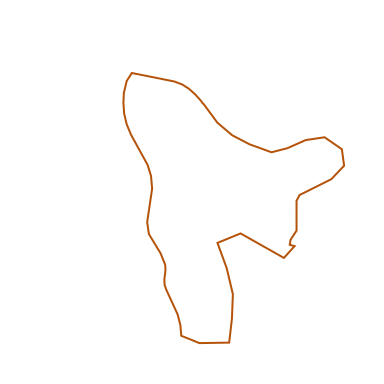 the District of Zəngilan, rotated 126°
{"feature_id": "AZE-1740", "entity_name": "Zəngilan", "entity_type": "District", "adm_level": 1, "iso_a3": "AZE", "parent_name": "Azerbaijan", "parent_adm1": "", "projection": "equal_earth", "projection_center": [46.619, 39.055], "detail": "fine", "context": "isolated", "style": "outline", "palette": "amber", "viewbox_px": 384, "rotation_deg": 126, "n_neighbors": 0, "source": "natural_earth", "source_scale": "10m", "svg_char_len": 797}
<svg xmlns="http://www.w3.org/2000/svg" viewBox="0 0 384 384"><g transform="rotate(126 192 192)"><path d="M131.2,103.2L137.6,102.3L161.8,84.7L172.7,84.2L177.3,81.9L175.5,77.2L191.3,78.9L197.0,128.4L218.2,141.5L233.2,119.2L250.6,98.9L270.9,85.3L292.0,73.4L309.9,97.2L314.6,116.0L314.5,116.3L306.6,123.1L299.6,131.5L286.2,155.3L283.3,159.5L279.1,162.9L270.5,167.7L266.5,171.1L260.1,181.3L251.4,202.1L242.8,210.5L212.6,226.3L203.1,234.6L196.2,243.8L181.5,275.0L175.5,284.8L168.3,293.1L160.2,299.9L151.8,305.4L140.5,310.1L131.1,310.6L113.0,271.3L110.8,263.3L110.3,255.0L111.2,246.5L113.0,238.1L113.8,236.2L114.1,234.0L121.0,212.2L122.5,193.0L119.6,173.5L113.1,151.0L100.5,140.6L83.1,130.5L69.8,116.9L69.3,95.9L81.3,84.4L99.6,86.8L131.2,103.2Z" fill="none" stroke="#b45309" stroke-width="2"/></g></svg>